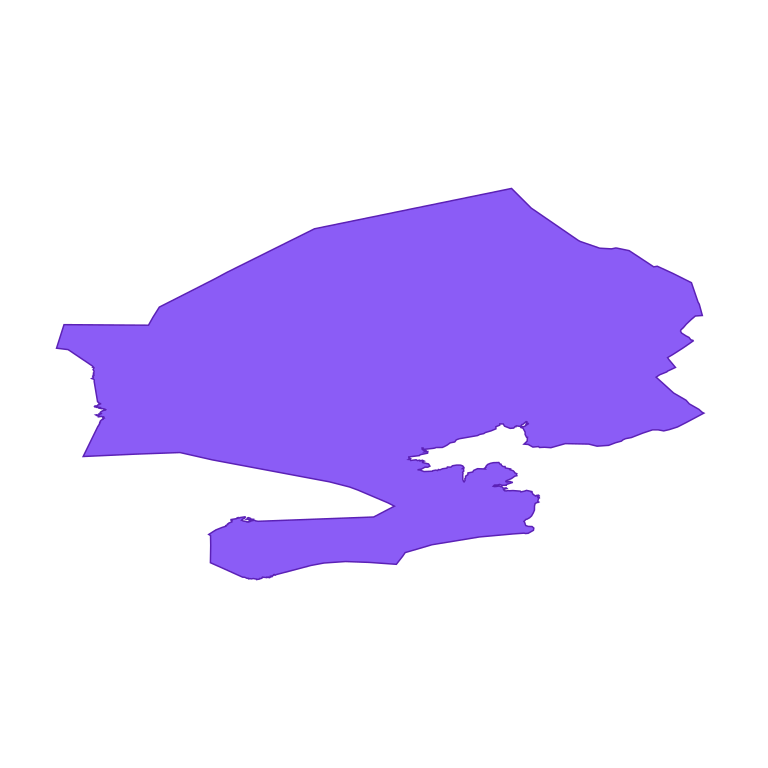 Sørreisa nor, Troms, Norway (Robinson projection), rotated 175°
{"feature_id": "86288312B8991276694955", "entity_name": "Sørreisa nor", "entity_type": "district", "adm_level": 2, "iso_a3": "NOR", "parent_name": "Norway", "parent_adm1": "Troms", "projection": "robinson", "projection_center": [18.288, 69.101], "detail": "fine", "context": "isolated", "style": "filled", "palette": "violet", "viewbox_px": 768, "rotation_deg": 175, "n_neighbors": 0, "source": "geoboundaries", "source_scale": "gbopen_adm2", "svg_char_len": 6105}
<svg xmlns="http://www.w3.org/2000/svg" viewBox="0 0 768 768"><g transform="rotate(175 384 384)"><path d="M253.4,222.7L247.9,225.2L247.3,227.4L248.9,229.1L252.8,229.6L255.2,230.7L256.0,234.1L256.6,234.9L254.3,236.8L253.2,236.9L250.6,238.1L248.5,239.7L246.5,242.6L245.1,245.3L244.7,249.4L243.8,251.8L241.9,252.6L240.7,252.6L240.1,252.9L241.1,253.6L239.9,256.7L239.1,257.0L239.2,257.4L240.4,257.3L241.0,258.6L239.2,259.1L239.7,259.8L241.9,259.7L242.9,259.2L245.2,261.2L246.0,263.2L246.6,263.5L246.2,264.0L251.3,265.6L253.6,265.0L257.1,264.6L257.6,265.4L264.8,266.6L268.3,266.7L269.9,267.1L271.2,266.8L273.1,267.1L274.1,268.3L273.4,268.7L270.7,269.2L271.4,269.9L273.3,269.7L274.5,270.0L275.6,271.5L276.8,271.6L278.0,272.3L281.5,272.1L283.0,272.2L284.1,272.6L282.8,273.7L279.5,273.5L277.6,273.9L275.2,272.8L271.0,272.4L270.9,273.2L264.2,274.8L265.2,275.0L266.9,275.9L268.9,275.9L269.1,275.6L270.3,275.7L271.1,276.1L270.8,276.9L265.2,278.7L261.7,280.8L259.6,281.1L260.0,282.9L259.7,283.1L261.5,284.2L261.9,285.2L262.9,286.3L265.7,287.6L265.3,287.9L265.2,288.3L270.4,289.8L270.6,291.2L272.6,291.4L274.0,292.6L274.4,293.9L275.5,294.2L276.4,295.8L281.8,296.1L285.0,295.7L287.8,294.8L289.7,293.0L289.6,292.2L291.1,291.4L290.5,290.5L298.2,291.5L302.2,290.1L303.3,288.6L308.1,288.1L308.4,286.3L310.7,285.1L311.1,283.0L311.7,282.6L311.7,280.8L312.8,279.5L313.2,279.9L313.8,281.9L313.5,286.7L313.1,287.9L313.4,289.2L312.1,290.3L312.4,292.4L311.3,292.9L313.0,293.0L311.7,293.9L312.7,295.5L314.7,296.5L318.6,296.9L322.9,296.6L324.7,295.3L328.1,295.8L328.7,294.7L333.0,294.5L335.7,293.6L337.3,294.1L338.1,293.1L339.8,293.7L343.0,293.4L343.4,292.9L351.8,293.3L355.8,295.2L358.1,295.6L354.0,296.0L350.4,297.6L347.6,297.3L345.4,298.2L346.6,300.5L352.4,302.4L352.4,303.2L350.7,303.7L352.4,304.7L354.9,304.2L355.1,305.0L357.4,304.8L358.6,305.7L364.0,305.5L364.2,306.4L366.0,306.7L364.3,307.5L365.7,308.2L365.7,309.2L354.9,309.6L354.1,310.4L346.6,311.3L346.2,312.9L349.7,312.9L348.3,313.9L350.3,314.4L351.6,315.5L351.7,316.9L350.7,316.9L350.5,315.6L348.8,315.4L340.7,315.6L338.7,315.8L337.9,316.2L331.5,315.7L329.4,316.4L326.5,317.6L323.2,319.6L318.6,320.1L316.8,322.1L313.8,322.9L295.2,324.5L293.1,325.4L288.9,325.9L287.3,326.8L281.4,328.0L276.4,329.6L276.3,331.7L272.3,332.9L272.1,334.2L268.7,333.8L267.6,331.5L262.2,328.8L258.6,328.8L257.3,330.1L256.3,329.9L255.9,330.8L251.7,329.8L250.3,331.6L249.5,331.5L245.7,334.2L244.8,333.7L245.9,331.7L243.9,332.2L243.7,331.8L247.6,329.6L249.2,329.3L250.9,329.7L251.4,328.7L249.4,327.9L247.6,323.8L247.8,321.4L246.6,318.4L245.7,318.4L246.4,314.6L249.8,311.9L245.6,311.2L241.2,308.2L235.5,308.2L234.7,307.2L229.6,307.0L223.3,306.0L208.6,308.8L185.3,306.3L177.2,303.5L165.6,303.3L158.5,305.3L152.5,306.4L150.7,307.6L148.1,308.5L142.2,309.1L130.6,312.5L120.5,314.9L114.8,314.4L109.4,312.9L103.8,313.7L95.4,315.6L86.0,319.4L67.9,327.1L69.5,328.1L72.5,331.3L81.6,337.6L84.5,341.5L96.3,349.8L112.3,367.1L108.5,369.2L101.2,371.4L100.4,372.1L92.2,375.1L98.1,383.6L99.2,385.6L94.3,387.9L83.0,393.8L72.2,400.0L72.4,400.5L74.5,401.3L76.1,403.8L79.1,405.7L83.2,408.9L84.0,410.9L83.5,412.0L80.5,414.4L77.7,417.2L72.4,421.4L67.9,424.6L60.9,424.5L63.0,436.1L64.0,438.2L68.9,458.1L86.6,469.0L101.5,477.5L105.1,477.2L128.2,495.5L140.2,499.1L141.4,499.3L145.6,498.8L157.3,500.5L176.1,508.9L178.2,510.3L222.0,546.4L239.9,567.7L439.7,544.7L530.3,509.1L544.3,503.1L601.1,480.2L608.3,470.7L613.5,463.1L697.6,471.0L707.1,448.2L695.7,445.8L673.0,427.4L672.3,426.5L672.7,426.1L671.9,425.9L671.5,425.4L672.6,423.6L672.0,422.8L671.7,421.8L672.1,420.7L672.5,420.3L672.2,419.8L672.5,419.6L672.7,419.1L672.4,418.9L672.2,418.4L672.9,417.8L672.6,417.5L673.5,417.1L673.0,415.9L673.7,415.3L674.6,414.9L672.8,414.1L672.5,413.7L672.3,413.1L672.5,411.6L670.9,391.3L669.7,390.2L669.7,389.5L667.5,389.1L671.0,388.0L671.6,387.2L673.9,387.3L674.4,386.8L674.1,386.4L672.6,386.1L672.4,385.8L670.9,385.9L669.0,385.3L667.6,385.2L669.6,385.1L670.0,384.8L667.5,384.0L666.3,384.0L664.1,383.2L663.4,382.6L663.8,382.3L665.7,382.2L668.1,381.2L669.1,380.5L669.3,380.0L668.2,379.2L668.8,378.8L670.2,378.9L670.0,378.6L670.3,378.3L671.1,378.1L671.8,378.0L673.0,378.4L673.7,378.3L673.2,378.0L673.7,377.9L672.8,377.7L671.4,376.7L670.3,376.5L670.6,376.2L668.3,376.3L667.4,376.0L667.3,375.7L666.4,375.8L666.0,375.6L665.8,374.8L666.5,374.5L666.1,374.3L666.9,374.0L666.9,373.4L668.5,372.9L670.0,371.6L669.8,371.0L670.5,370.4L670.4,369.9L670.8,369.7L671.0,368.7L671.6,368.2L671.7,367.8L672.4,366.9L672.6,366.9L690.0,338.0L638.0,335.8L593.2,333.5L561.7,323.4L446.9,291.3L427.3,284.4L419.2,280.6L390.3,265.2L384.3,261.4L405.9,252.4L521.4,258.2L524.0,258.9L524.9,259.6L527.1,259.3L528.4,259.5L528.6,259.9L527.1,259.8L526.3,260.2L526.0,260.6L528.1,260.9L528.6,261.2L528.6,261.7L529.1,262.0L530.7,262.7L531.8,262.4L531.8,261.8L532.6,261.3L531.9,261.3L529.6,260.4L530.1,260.1L529.7,259.4L530.4,259.0L529.7,258.6L530.9,258.3L532.3,258.4L532.7,258.6L532.6,258.9L535.7,259.6L536.6,260.0L536.9,260.5L537.8,260.6L537.0,261.6L534.8,262.3L533.9,263.1L534.0,263.8L539.2,263.5L539.9,263.2L540.5,263.2L540.9,263.7L541.5,263.5L541.2,263.3L541.5,263.1L543.0,262.7L548.2,262.3L548.2,262.0L547.6,261.5L547.7,261.4L547.4,261.1L547.8,261.0L547.6,260.8L547.9,260.3L547.7,259.9L550.9,258.9L551.4,258.3L552.0,258.2L552.1,257.6L554.0,256.7L553.9,256.1L557.9,255.2L564.5,253.2L564.9,252.8L565.4,252.7L571.7,249.4L570.0,248.2L570.7,238.3L572.5,221.1L541.7,203.9L539.5,203.6L537.7,202.5L536.0,202.2L536.0,201.8L535.7,201.6L534.5,201.8L533.1,201.4L531.2,201.6L527.9,200.7L527.9,200.3L525.2,200.5L524.7,201.1L524.0,200.8L522.6,201.2L522.4,201.4L522.9,201.5L521.3,201.9L521.4,202.1L518.3,201.5L517.7,201.8L517.5,201.4L516.9,201.7L516.2,201.7L516.3,201.5L515.8,201.5L515.7,201.3L514.4,201.6L514.4,201.3L513.6,201.8L513.7,202.4L513.0,202.2L512.9,201.8L512.3,201.8L512.0,202.1L512.2,202.6L511.0,202.9L510.6,203.7L509.8,203.7L509.7,203.2L509.1,203.0L508.1,203.5L472.6,209.6L459.4,210.9L437.8,210.5L414.5,207.6L387.4,203.3L380.4,210.8L377.6,214.2L350.2,219.7L302.5,223.3L268.5,223.4L257.5,223.2L256.0,222.7L253.4,222.7Z" fill="#8b5cf6" stroke="#5b21b6" stroke-width="1.5"/></g></svg>